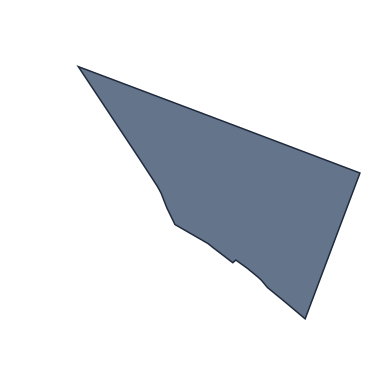 Toujounine, Nouakchott, Mauritania, rotated 291°
{"feature_id": "47542326B78041808774540", "entity_name": "Toujounine", "entity_type": "district", "adm_level": 2, "iso_a3": "MRT", "parent_name": "Mauritania", "parent_adm1": "Nouakchott", "projection": "albers", "projection_center": [-15.928, 18.086], "detail": "fine", "context": "isolated", "style": "filled", "palette": "slate", "viewbox_px": 384, "rotation_deg": 291, "n_neighbors": 0, "source": "geoboundaries", "source_scale": "gbopen_adm2", "svg_char_len": 422}
<svg xmlns="http://www.w3.org/2000/svg" viewBox="0 0 384 384"><g transform="rotate(291 192 192)"><path d="M114.1,343.1L269.9,342.0L269.1,175.1L268.3,40.9L205.1,129.7L189.7,151.0L184.5,158.1L179.9,163.5L168.1,174.3L155.5,187.8L149.6,225.4L147.5,231.9L140.6,255.4L141.6,256.0L144.2,257.3L140.6,270.9L136.4,283.6L134.6,288.2L129.8,296.8L123.1,317.1L114.1,343.1Z" fill="#64748b" stroke="#1e293b" stroke-width="1.5"/></g></svg>